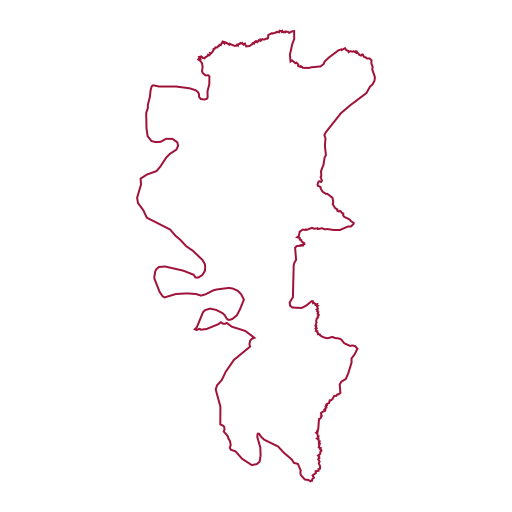 Zabzugu, Northern, Ghana (Mercator projection)
{"feature_id": "2480657B72410528378772", "entity_name": "Zabzugu", "entity_type": "district", "adm_level": 2, "iso_a3": "GHA", "parent_name": "Ghana", "parent_adm1": "Northern", "projection": "mercator", "projection_center": [0.33, 9.091], "detail": "fine", "context": "isolated", "style": "outline", "palette": "rose", "viewbox_px": 512, "rotation_deg": 0, "n_neighbors": 0, "source": "geoboundaries", "source_scale": "gbopen_adm2", "svg_char_len": 5961}
<svg xmlns="http://www.w3.org/2000/svg" viewBox="0 0 512 512"><path d="M194.8,329.2L196.6,330.0L199.6,328.8L200.9,329.7L206.6,329.0L218.5,324.1L220.9,322.3L223.3,323.8L225.4,323.7L226.8,322.9L231.8,326.7L245.2,330.9L254.4,337.8L251.7,338.9L250.2,340.6L249.4,344.1L250.1,346.6L233.9,359.9L225.7,371.8L221.8,380.0L217.1,385.2L215.7,389.4L220.4,406.7L220.3,424.4L223.3,425.8L224.3,427.1L224.5,429.2L223.8,431.6L227.9,436.3L228.4,438.6L230.0,441.0L230.7,445.1L229.8,447.8L230.9,449.8L235.5,451.3L242.1,458.8L251.8,465.1L256.8,464.1L259.6,461.7L260.6,455.5L260.3,447.5L257.3,437.0L257.5,434.2L257.9,433.6L259.1,433.8L261.1,436.8L264.2,439.7L278.1,446.5L283.7,452.6L291.7,459.4L293.9,462.9L297.9,463.9L300.7,470.5L300.3,472.9L300.9,475.1L304.8,479.5L308.4,480.0L310.6,481.3L311.5,480.4L312.0,480.6L312.4,479.0L313.9,477.7L312.6,475.4L315.9,473.0L315.6,471.2L318.5,470.8L318.5,469.1L320.0,468.7L320.1,466.3L318.8,463.4L319.6,461.5L318.2,459.3L319.4,458.0L318.7,456.9L319.1,456.3L318.1,455.5L320.2,453.9L320.4,451.5L321.3,451.0L321.4,450.2L320.0,449.0L320.7,448.1L318.8,447.3L319.3,445.9L319.0,445.1L319.9,443.9L319.0,443.4L319.6,441.6L318.8,441.7L318.7,439.9L317.1,438.6L318.3,438.1L317.8,437.4L318.4,436.5L317.8,436.4L317.5,434.0L316.3,432.9L317.1,432.6L317.0,431.6L317.7,431.5L317.4,430.6L318.2,429.5L319.0,419.1L320.5,418.4L321.4,416.6L321.0,416.1L321.7,415.7L320.9,413.1L323.2,411.4L324.9,411.0L325.3,410.0L324.5,409.4L325.8,408.4L325.6,407.1L326.4,407.0L326.1,405.2L326.9,405.1L326.8,404.0L329.1,403.0L329.7,400.4L330.4,400.6L332.3,399.3L334.2,395.9L336.2,395.9L337.3,394.4L338.4,394.4L340.4,392.9L339.7,384.4L341.4,381.6L345.8,379.0L348.2,373.5L351.6,362.4L351.5,358.4L354.6,354.4L357.4,348.7L355.1,346.1L352.4,345.5L350.0,345.9L344.3,343.3L341.1,339.4L339.1,338.5L335.0,338.0L332.3,336.9L327.9,338.2L326.5,338.1L323.2,337.2L320.1,335.4L319.8,334.4L318.0,334.2L318.2,333.4L317.2,332.3L317.4,331.3L316.2,330.9L316.6,330.6L315.6,328.6L316.6,328.1L315.7,326.5L316.2,325.9L315.5,325.5L316.6,322.3L316.1,321.1L316.8,318.5L317.9,317.7L317.7,316.3L318.7,315.5L318.7,314.6L317.6,314.0L318.3,312.1L317.2,311.5L317.6,310.3L316.7,309.6L317.9,308.7L317.0,306.4L317.8,305.7L316.4,305.2L316.9,304.2L315.3,304.5L315.3,303.8L313.8,302.8L313.1,303.1L313.0,301.4L311.8,301.1L306.2,305.6L301.5,308.0L292.3,307.5L290.1,305.7L289.7,302.5L292.9,297.2L293.7,265.4L294.5,262.3L296.1,260.0L295.1,247.7L296.7,246.1L303.9,245.4L302.1,244.8L304.4,244.1L304.2,243.1L301.6,241.5L301.3,240.1L299.8,239.6L299.8,238.1L297.2,237.2L298.8,236.0L299.7,231.7L302.7,229.6L305.0,230.0L305.9,229.4L306.6,229.9L311.9,227.8L314.5,228.8L317.5,228.2L318.0,229.1L321.9,228.2L325.0,229.4L327.0,229.0L333.7,230.0L340.0,230.0L347.9,226.5L350.9,226.5L353.5,224.0L353.7,222.9L350.7,221.0L349.7,219.5L344.1,216.8L343.1,215.2L343.3,213.5L341.7,212.8L340.9,211.4L339.7,210.9L339.0,211.5L337.2,210.6L337.3,209.3L335.2,208.2L332.7,204.2L333.3,202.5L332.5,197.8L327.3,193.8L325.7,193.8L322.5,191.6L320.7,188.6L320.5,186.9L317.9,185.8L317.5,184.5L318.5,181.7L319.4,181.2L321.1,182.0L321.6,181.4L321.9,180.4L320.6,177.1L321.3,175.9L321.0,171.2L323.5,164.7L324.6,157.5L325.9,155.2L324.9,145.7L325.5,138.5L324.4,135.2L325.7,132.4L341.0,113.1L350.7,104.9L366.4,93.1L370.1,86.5L372.5,84.5L374.5,80.7L374.9,77.2L372.2,69.2L372.7,67.0L371.4,63.5L371.5,60.2L369.4,58.4L366.9,58.5L365.8,57.4L364.2,57.1L362.8,54.6L362.2,54.4L361.1,55.6L359.3,54.9L358.2,53.2L356.7,53.0L356.8,51.5L356.0,51.2L355.3,52.2L353.7,51.2L352.7,51.7L350.3,51.2L348.7,52.1L348.3,50.9L346.4,50.2L345.0,48.2L341.7,50.0L341.3,49.4L338.5,50.3L328.8,57.6L324.6,61.6L323.8,63.8L320.7,66.4L311.1,67.3L309.0,68.0L302.8,67.8L302.0,67.0L301.0,67.0L300.7,66.1L299.4,66.6L298.1,65.9L298.3,64.5L296.4,62.6L295.4,63.2L292.0,60.4L290.5,61.5L289.9,54.7L292.3,43.9L294.2,39.1L294.1,31.1L291.7,31.5L289.2,32.9L288.1,31.9L286.5,31.6L285.3,32.2L285.0,31.6L283.9,32.3L282.9,32.1L282.4,31.0L281.8,31.7L281.5,31.0L279.5,30.7L279.1,32.3L276.4,31.9L276.1,32.5L272.3,33.6L271.9,33.2L268.4,34.9L268.0,38.2L267.0,38.8L266.3,38.5L264.2,39.6L262.2,39.2L261.4,40.1L260.4,39.6L260.3,40.8L258.8,40.2L258.0,41.4L256.5,41.2L256.8,42.1L254.9,41.8L254.0,43.5L253.5,42.8L252.6,43.2L252.0,44.3L249.5,46.0L246.2,46.4L244.9,43.6L243.4,44.7L242.2,42.9L241.1,43.5L240.3,43.0L239.7,43.9L238.0,44.4L237.9,45.5L237.0,44.7L236.3,45.7L234.6,45.9L230.4,44.1L229.8,44.6L229.4,43.8L228.5,44.3L227.5,43.3L226.3,43.2L226.2,42.6L225.1,42.4L224.7,43.0L224.5,42.1L223.0,41.6L222.9,42.7L222.1,42.4L220.8,45.1L219.6,44.8L219.2,45.9L218.5,45.9L217.2,47.5L215.4,47.4L214.8,48.7L213.5,49.1L213.6,49.9L212.2,52.3L211.2,53.2L210.1,53.1L210.4,53.9L209.3,55.3L208.1,54.7L207.4,56.2L205.3,57.2L204.6,58.3L203.0,58.1L201.7,56.6L200.7,57.7L200.1,57.6L200.1,56.7L199.0,57.0L200.0,58.8L199.0,58.6L198.2,59.4L200.6,61.2L202.1,63.4L202.6,67.2L202.0,71.1L202.7,73.0L205.5,75.4L208.3,75.3L209.4,76.3L209.3,84.3L207.5,91.2L207.6,97.6L206.7,98.9L204.3,99.5L200.8,99.0L199.1,97.0L198.9,93.8L197.7,91.8L195.5,90.2L189.7,88.3L175.9,86.5L159.1,86.5L153.2,85.3L151.7,86.3L150.6,90.2L149.9,96.9L147.8,105.0L147.9,107.8L146.2,113.0L146.5,128.5L147.6,136.1L151.4,141.0L155.4,142.1L160.7,141.8L166.1,138.8L172.5,138.9L177.3,142.3L178.1,145.8L176.4,149.6L169.7,154.0L166.1,157.7L160.4,166.5L156.5,171.1L147.0,174.5L140.6,178.6L141.0,184.6L137.1,197.8L138.0,203.1L143.3,210.2L146.8,217.7L170.1,229.5L175.5,235.8L180.2,239.7L186.2,246.2L192.9,250.8L202.6,260.1L204.9,264.2L205.2,266.9L204.9,270.9L202.4,275.0L198.4,277.5L196.6,277.6L195.4,277.4L193.7,274.8L183.1,270.6L165.0,266.5L158.8,267.0L156.2,269.4L155.3,271.3L154.3,276.9L154.5,278.9L159.6,291.9L162.6,296.3L164.6,297.4L176.0,294.0L186.9,293.4L195.9,294.0L201.0,295.6L205.6,294.3L213.2,290.4L216.5,289.5L229.0,287.9L232.9,288.6L237.8,290.8L241.2,294.3L243.9,299.6L240.0,309.3L236.8,315.4L232.5,318.9L229.6,319.9L228.2,319.8L226.5,318.4L224.8,315.3L222.5,313.1L216.1,309.9L210.1,308.6L205.2,310.1L203.0,312.2L196.8,327.4L194.8,329.2Z" fill="none" stroke="#9f1239" stroke-width="2"/></svg>